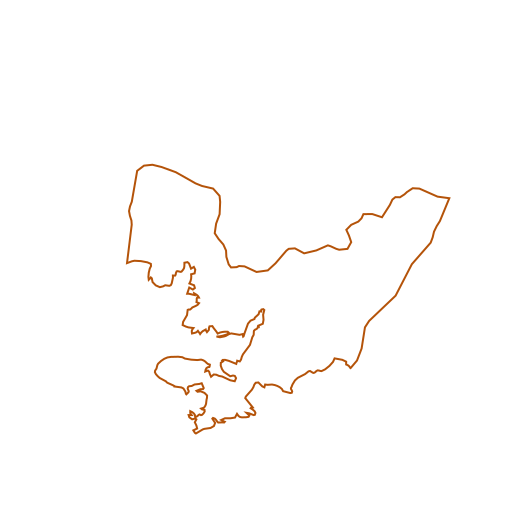 the Province of Izmir, rotated 312°
{"feature_id": "TUR-2230", "entity_name": "Izmir", "entity_type": "Province", "adm_level": 1, "iso_a3": "TUR", "parent_name": "Turkey", "parent_adm1": "", "projection": "natural_earth1", "projection_center": [26.887, 38.676], "detail": "fine", "context": "isolated", "style": "outline", "palette": "amber", "viewbox_px": 512, "rotation_deg": 312, "n_neighbors": 0, "source": "natural_earth", "source_scale": "10m", "svg_char_len": 5371}
<svg xmlns="http://www.w3.org/2000/svg" viewBox="0 0 512 512"><g transform="rotate(312 256 256)"><path d="M235.9,401.2L236.1,400.3L236.4,398.8L236.3,397.3L235.7,395.6L237.8,393.7L236.6,389.6L232.5,382.9L228.8,384.1L223.4,384.1L218.0,383.2L214.3,381.7L213.6,380.7L213.0,379.4L212.2,378.3L210.7,377.8L209.5,377.8L208.4,377.5L207.5,376.9L207.2,376.0L206.7,373.1L205.4,372.2L201.1,371.5L193.5,368.6L189.6,368.2L184.9,369.1L182.3,370.1L181.3,370.3L180.6,370.9L180.2,372.2L179.6,373.5L178.3,374.1L177.1,373.2L173.7,366.6L174.5,364.2L174.4,361.5L173.7,358.8L172.7,356.4L171.2,353.9L167.9,350.7L166.6,348.8L164.0,350.1L163.3,347.9L163.6,342.4L161.6,340.6L159.3,340.8L156.8,341.8L153.9,342.4L144.7,342.5L143.2,343.1L141.3,355.0L140.6,354.5L140.5,354.4L140.2,353.9L139.3,353.9L139.7,356.5L139.7,358.9L139.0,360.6L137.2,361.4L136.2,360.7L134.5,356.1L133.1,353.9L133.0,357.8L131.5,358.1L129.5,356.5L126.6,353.4L125.7,351.9L125.4,350.1L126.0,347.5L121.9,348.5L118.2,345.5L114.6,341.5L110.9,339.9L111.6,342.9L111.9,343.7L110.9,343.7L110.1,342.6L106.9,339.3L107.1,337.5L107.5,335.8L107.6,334.2L106.9,332.4L105.9,332.4L104.6,337.3L101.5,338.5L97.8,337.3L93.0,333.3L91.6,332.5L83.9,330.1L83.7,328.9L84.5,326.1L88.4,327.7L90.1,325.2L91.5,321.8L94.7,321.0L94.7,319.7L91.9,317.8L91.5,314.4L92.7,312.4L94.7,314.6L95.0,312.9L95.3,312.2L95.9,311.7L96.7,311.0L97.3,313.2L97.4,315.2L97.0,316.9L95.7,318.5L96.4,319.1L97.2,319.4L98.1,319.6L99.3,319.7L100.4,320.0L100.7,320.7L100.9,321.6L101.9,322.2L104.0,322.3L106.1,321.9L107.2,320.7L105.9,318.5L105.9,317.3L108.2,318.7L109.1,318.8L111.0,318.5L112.7,317.8L116.4,315.2L117.6,314.6L119.6,313.0L119.8,309.3L118.4,305.4L116.0,303.4L116.0,302.0L119.8,303.8L121.6,305.7L122.9,305.5L125.1,300.8L123.0,299.5L119.4,296.3L116.4,295.2L114.4,293.4L113.0,293.2L111.7,294.0L110.5,296.5L109.5,297.0L106.6,296.8L106.7,296.1L108.0,294.2L109.0,290.7L108.4,288.5L103.9,281.9L104.9,283.1L104.4,280.9L102.6,275.3L102.4,274.2L102.6,273.0L100.9,266.0L100.9,263.4L101.2,260.7L102.0,258.6L103.4,257.7L105.7,257.4L108.9,255.7L110.5,255.3L114.5,255.7L118.2,256.6L121.4,258.1L124.1,260.3L129.1,265.6L131.5,269.0L132.2,271.8L135.6,277.2L139.3,281.9L140.6,283.1L141.6,283.9L142.5,284.9L143.3,286.9L143.6,289.0L143.5,290.8L143.6,292.5L144.4,294.4L143.4,295.1L142.9,295.4L142.3,295.6L141.1,294.6L139.6,294.2L137.9,294.6L136.2,295.6L138.7,296.9L138.7,298.6L137.4,300.7L136.2,303.4L139.7,303.9L141.2,305.9L142.1,308.7L143.8,311.5L146.4,320.0L148.7,324.0L151.9,322.9L152.7,320.5L151.8,318.9L149.4,317.3L148.4,309.6L149.2,306.4L150.9,303.2L153.1,301.3L155.6,302.0L155.6,300.8L156.5,300.8L158.2,302.6L159.9,306.0L162.6,313.5L163.3,313.1L165.0,312.5L165.6,312.1L166.8,314.5L169.0,314.2L171.6,312.9L174.2,312.1L185.9,311.0L193.2,307.6L195.6,307.1L196.3,306.7L198.2,305.1L199.1,304.5L200.6,304.6L202.0,305.2L203.4,305.4L205.1,304.5L205.3,305.3L206.1,304.5L210.2,306.4L213.6,304.3L217.1,300.6L221.4,298.3L221.4,297.0L219.9,295.9L219.3,296.0L218.2,297.0L217.2,295.6L214.4,296.9L209.4,296.4L208.1,297.0L204.3,295.2L200.4,295.3L191.1,299.1L188.0,300.5L187.5,300.4L189.0,298.3L186.4,296.5L181.9,289.4L179.9,288.2L176.3,287.0L174.8,286.1L171.5,283.6L169.7,280.5L171.8,282.6L174.5,284.6L178.5,287.0L180.8,286.9L180.8,285.7L179.0,283.6L177.1,281.9L175.1,280.5L172.7,279.4L173.3,277.2L174.1,272.7L174.7,270.5L172.6,268.5L171.2,269.1L169.6,270.4L166.6,270.5L167.2,268.5L167.7,267.8L164.5,266.7L162.6,266.5L160.6,266.7L160.9,265.8L161.3,263.7L161.5,262.9L159.6,262.8L158.2,262.1L155.6,260.3L156.6,259.1L157.7,258.2L159.0,257.8L160.6,257.7L157.7,253.5L156.6,251.0L155.6,247.7L158.3,245.9L165.9,244.3L170.2,241.3L171.0,241.6L171.6,242.3L171.8,242.6L172.0,242.8L173.7,243.1L175.1,243.1L178.5,244.6L180.6,245.3L182.8,245.2L181.9,242.6L183.3,241.7L184.6,240.5L185.7,240.1L186.9,241.4L187.4,240.0L187.5,238.6L187.3,237.0L186.9,235.1L185.9,236.5L183.0,231.3L181.9,230.1L187.9,227.5L188.8,231.5L191.3,232.0L192.8,229.6L191.0,224.9L193.4,224.2L195.7,223.0L197.6,221.5L199.0,220.0L202.0,222.0L205.2,220.0L206.3,217.1L203.1,216.2L205.6,211.3L205.6,209.2L203.1,207.3L200.6,209.5L198.9,210.6L197.2,211.0L194.5,211.1L193.7,210.5L192.3,207.9L191.5,207.3L189.7,207.9L188.4,208.8L187.3,209.0L185.9,207.3L184.3,208.8L179.2,211.7L177.3,212.2L175.8,211.5L173.5,208.1L171.3,207.3L168.5,205.4L167.1,201.2L167.4,196.6L169.7,193.5L169.7,192.2L169.0,192.3L166.6,192.2L168.5,190.0L171.8,187.5L175.5,185.5L178.3,184.7L179.8,183.1L178.6,179.5L175.2,173.9L171.1,168.8L169.0,167.3L164.4,164.9L196.1,142.7L199.0,139.7L201.5,135.4L204.4,131.6L208.5,129.2L213.2,127.4L239.8,110.7L248.2,112.3L254.5,118.0L258.9,126.2L264.6,140.3L269.5,162.4L271.9,169.0L277.4,179.0L276.3,188.7L272.2,193.2L262.7,201.0L253.4,204.7L245.3,210.1L243.6,216.8L242.7,224.0L240.0,230.1L235.5,234.6L231.5,241.3L230.8,245.1L234.8,249.1L237.2,250.1L240.6,254.4L244.5,267.1L253.2,274.4L263.6,275.4L280.2,275.0L283.2,275.5L287.7,279.8L290.2,290.0L300.5,297.1L312.0,302.3L313.2,305.0L315.0,310.8L316.3,313.6L322.5,319.2L330.0,317.5L333.4,311.4L335.9,305.6L342.9,305.9L350.0,309.0L354.6,309.2L359.0,307.8L365.0,314.4L369.1,323.7L383.6,321.3L389.2,319.6L393.0,320.2L396.0,323.7L401.2,325.1L404.6,325.4L411.2,327.1L415.4,332.3L421.6,351.2L428.3,361.0L405.0,369.3L399.1,370.3L393.2,372.0L388.1,374.8L382.8,376.9L354.2,377.3L319.9,386.3L283.5,383.5L275.9,384.7L257.9,396.4L245.9,401.0L236.2,401.3L235.9,401.2Z" fill="none" stroke="#b45309" stroke-width="2"/></g></svg>